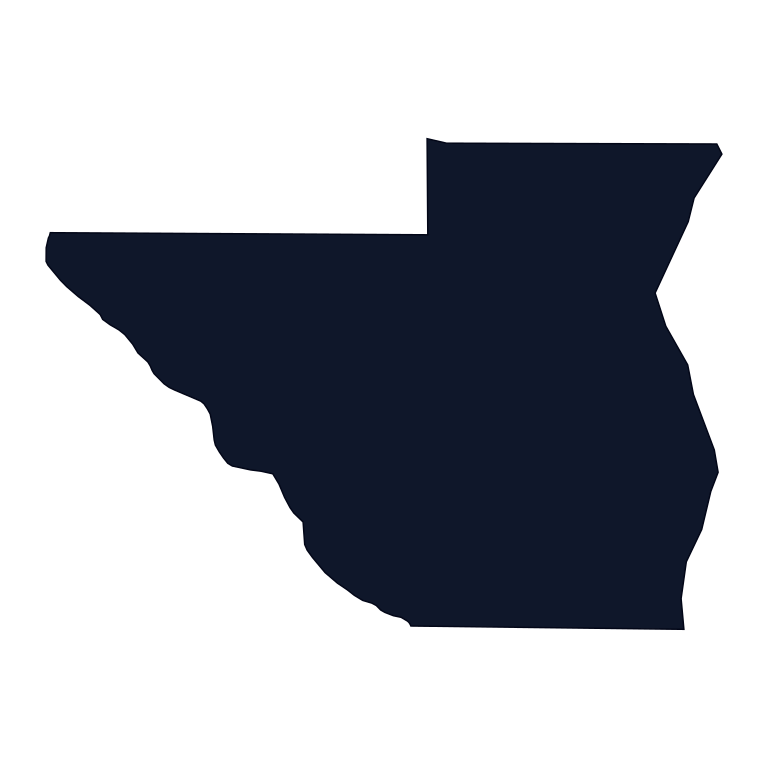 Pike, Illinois, United States of America
{"feature_id": "52423323B65966089908040", "entity_name": "Pike", "entity_type": "district", "adm_level": 2, "iso_a3": "USA", "parent_name": "United States of America", "parent_adm1": "Illinois", "projection": "orthographic", "projection_center": [-91.041, 39.62], "detail": "fine", "context": "isolated", "style": "filled", "palette": "ink", "viewbox_px": 768, "rotation_deg": 0, "n_neighbors": 0, "source": "geoboundaries", "source_scale": "gbopen_adm2", "svg_char_len": 1105}
<svg xmlns="http://www.w3.org/2000/svg" viewBox="0 0 768 768"><path d="M694.1,198.0L721.9,154.1L716.8,144.0L446.5,143.2L427.1,138.7L427.8,234.8L50.3,232.7L49.5,235.8L48.4,238.0L46.2,247.7L46.1,261.4L48.0,265.2L60.5,280.3L66.8,286.7L78.3,296.6L89.8,305.2L99.2,313.6L100.3,314.7L102.7,319.4L110.0,324.7L118.8,329.8L124.8,334.6L132.7,344.2L138.0,353.0L147.8,361.9L150.2,365.8L152.2,370.5L154.1,373.7L164.1,383.8L169.2,387.4L174.8,390.1L200.7,401.1L204.0,403.8L207.3,408.7L210.2,414.0L210.5,415.5L212.7,426.5L214.2,440.0L215.4,445.1L219.4,452.0L223.6,458.1L227.8,463.3L232.3,466.0L250.6,469.9L261.0,471.2L272.8,473.8L279.0,484.1L284.6,497.4L290.1,507.7L293.8,513.0L303.1,522.0L304.7,544.5L307.2,550.2L312.6,557.6L325.1,572.6L337.5,583.2L347.3,589.8L354.3,595.3L362.7,600.4L371.8,603.1L376.3,605.5L380.7,610.0L384.9,612.4L393.4,615.7L401.1,617.3L407.5,621.1L409.0,622.5L410.3,624.6L410.9,626.0L683.9,629.3L681.1,598.6L686.3,561.8L701.7,529.5L710.8,491.4L718.1,472.3L714.3,450.0L693.4,394.4L687.7,364.9L665.8,326.2L655.1,293.0L688.2,221.7L694.1,198.0Z" fill="#0f172a" stroke="#020617" stroke-width="1.5"/></svg>